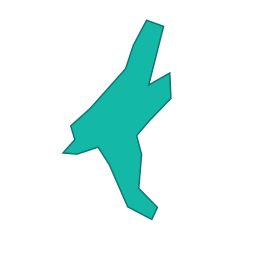 an SVG outline of Malabon, rotated 69°
{"feature_id": "PHL-5546", "entity_name": "Malabon", "entity_type": "Highly Urbanized City", "adm_level": 1, "iso_a3": "PHL", "parent_name": "Philippines", "parent_adm1": "", "projection": "mercator", "projection_center": [120.966, 14.665], "detail": "fine", "context": "isolated", "style": "filled", "palette": "teal", "viewbox_px": 256, "rotation_deg": 69, "n_neighbors": 0, "source": "natural_earth", "source_scale": "10m", "svg_char_len": 419}
<svg xmlns="http://www.w3.org/2000/svg" viewBox="0 0 256 256"><g transform="rotate(69 128 128)"><path d="M45.9,58.4L95.3,93.3L91.6,69.3L115.7,77.3L129.0,105.8L138.2,122.7L157.6,124.8L188.2,139.6L212.7,129.0L221.9,138.5L201.5,156.5L155.6,158.6L135.1,162.8L134.1,185.0L128.0,197.6L119.8,181.8L105.5,180.7L96.3,156.5L71.8,109.0L52.4,93.1L34.1,72.0L45.9,58.4Z" fill="#14b8a6" stroke="#0f766e" stroke-width="1.5"/></g></svg>